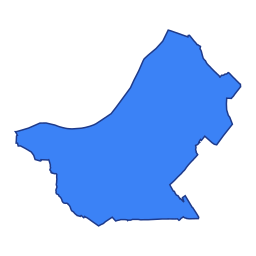 outline of Rasova, Constanta, Romania
{"feature_id": "2599482B79501903079205", "entity_name": "Rasova", "entity_type": "district", "adm_level": 2, "iso_a3": "ROU", "parent_name": "Romania", "parent_adm1": "Constanta", "projection": "albers", "projection_center": [27.997, 44.248], "detail": "fine", "context": "isolated", "style": "filled", "palette": "blue", "viewbox_px": 256, "rotation_deg": 0, "n_neighbors": 0, "source": "geoboundaries", "source_scale": "gbopen_adm2", "svg_char_len": 5237}
<svg xmlns="http://www.w3.org/2000/svg" viewBox="0 0 256 256"><path d="M15.4,131.7L16.2,133.0L16.9,134.3L16.9,134.2L17.1,134.9L17.2,135.2L17.3,135.3L16.9,135.5L16.6,135.8L16.5,136.0L16.3,140.6L16.1,143.1L17.5,143.2L18.2,146.0L20.4,145.9L20.7,146.0L24.5,148.0L25.1,148.3L31.3,152.0L33.7,155.3L35.1,159.5L39.7,160.8L39.7,160.7L40.2,160.9L40.5,160.9L41.1,160.6L41.0,159.7L46.7,159.9L47.7,160.0L48.3,159.9L48.7,159.7L49.1,160.6L50.4,165.0L50.3,165.3L50.3,165.6L50.3,166.5L50.4,167.3L50.6,167.8L49.9,169.7L50.2,170.5L50.5,170.6L51.1,171.8L51.2,172.0L51.5,172.2L51.2,172.6L51.9,173.0L54.6,173.7L54.8,173.7L55.2,173.7L55.8,173.7L56.1,173.7L56.4,173.9L56.7,174.2L56.8,174.5L56.8,174.9L56.7,176.0L56.7,178.0L56.9,178.9L56.8,179.9L56.7,180.1L56.7,180.4L56.7,181.3L56.6,182.2L56.6,182.6L56.6,183.0L56.4,183.7L56.3,184.6L56.3,185.0L56.6,185.5L56.8,186.2L56.9,186.8L56.9,187.5L56.4,188.5L56.2,189.3L55.9,190.0L56.1,191.4L56.2,191.7L56.1,191.9L56.1,192.0L56.0,192.5L56.2,193.0L56.4,193.7L56.7,193.9L57.6,194.4L58.1,194.6L58.5,194.8L58.7,195.1L58.8,195.5L59.0,196.1L59.4,196.4L59.8,196.7L60.3,197.1L61.3,198.6L61.9,200.0L62.0,200.8L62.8,202.1L63.4,202.7L63.6,202.9L64.4,203.1L65.2,203.3L66.7,203.2L67.5,203.5L67.9,203.8L68.2,204.2L68.1,204.3L69.2,205.3L69.5,205.7L70.3,207.2L70.7,208.7L70.9,209.0L71.3,210.1L71.6,210.5L72.1,211.1L73.5,211.9L74.1,212.7L74.2,212.8L74.8,213.5L76.2,214.7L76.8,215.1L77.2,215.6L78.1,215.7L78.5,215.9L79.4,216.1L79.9,216.2L80.2,216.4L81.1,215.5L83.8,217.7L84.4,217.0L84.7,216.7L84.8,216.5L85.2,216.8L85.6,217.2L86.3,217.4L87.1,217.8L87.6,218.1L88.1,218.5L89.3,219.3L91.2,220.7L93.3,222.2L98.6,225.9L100.6,224.8L101.3,224.4L102.6,223.9L103.5,223.4L105.4,221.7L112.2,217.2L115.7,221.0L117.5,220.4L119.0,220.1L119.9,219.9L120.4,219.7L120.7,219.6L125.0,219.6L127.0,219.8L127.7,220.6L128.1,220.1L130.7,220.1L132.5,219.4L138.3,219.4L140.6,219.8L144.4,219.7L148.4,219.7L161.9,219.0L168.2,219.0L168.2,218.9L174.6,219.0L177.5,218.9L179.0,220.3L180.0,219.6L180.3,219.3L180.8,218.6L181.3,218.2L182.0,217.8L182.6,217.4L183.3,216.8L183.7,217.2L184.6,217.8L186.1,218.2L186.6,218.5L189.3,218.8L198.4,218.6L198.7,217.2L197.3,214.8L195.8,212.4L192.7,207.6L192.4,207.4L192.0,207.2L191.9,206.9L185.2,195.7L184.1,196.5L182.5,197.6L182.9,198.8L183.9,202.1L182.5,200.7L181.2,199.3L180.7,198.6L180.0,198.9L179.7,198.4L179.2,197.5L178.9,197.1L178.2,196.0L178.0,195.7L176.9,195.3L176.3,195.0L176.0,194.5L175.1,193.1L174.6,191.9L174.3,191.4L174.0,191.2L173.6,191.3L173.4,191.2L173.1,190.7L171.8,188.5L171.5,187.9L170.5,186.2L169.8,184.7L170.8,183.8L172.3,182.5L174.6,180.3L178.1,176.6L179.1,175.7L180.3,174.5L181.1,173.8L182.9,171.7L183.7,170.9L184.2,170.5L185.3,169.1L186.4,167.4L187.5,166.0L188.6,164.6L188.9,164.3L190.5,162.5L192.1,160.8L192.9,160.1L194.4,158.3L195.1,157.7L197.7,154.7L196.2,152.4L196.2,151.6L195.6,149.5L196.0,147.5L195.6,145.4L195.8,145.3L196.8,145.0L198.3,143.9L198.7,143.2L198.8,142.9L199.0,142.8L199.4,142.7L199.7,142.4L199.0,142.0L200.5,139.5L201.4,140.4L204.8,136.2L212.3,142.9L213.4,143.6L213.7,143.9L214.3,144.2L215.2,144.5L215.7,144.6L216.3,144.6L216.7,144.8L223.4,135.6L232.4,124.2L229.8,117.4L228.3,115.3L226.7,110.0L226.6,108.7L226.4,103.7L226.7,98.3L226.7,98.2L231.3,98.4L231.5,98.4L231.8,97.7L232.8,96.8L233.2,96.4L233.9,95.5L234.3,94.8L237.0,91.3L238.3,89.7L239.6,88.0L240.3,87.0L240.6,86.8L240.4,84.2L240.0,84.0L239.0,83.1L238.2,82.3L236.4,80.5L236.1,80.2L234.7,78.7L233.7,77.8L232.1,76.2L231.7,75.7L231.2,75.2L230.7,74.7L230.0,73.9L229.6,73.6L229.1,73.1L228.9,72.9L228.6,72.7L228.4,72.6L228.1,72.6L227.8,72.9L227.7,73.1L227.3,73.5L227.1,73.6L226.8,73.8L226.6,73.9L226.4,74.0L226.1,74.1L225.7,74.1L225.3,74.1L225.1,74.1L224.8,74.2L224.7,74.3L224.3,74.6L224.2,74.7L224.0,74.9L223.7,75.0L223.2,75.3L222.9,75.4L222.7,75.4L222.4,75.3L222.1,75.2L221.9,75.2L221.7,75.2L221.3,75.5L221.1,75.8L220.4,76.7L220.3,76.8L220.2,77.0L219.9,77.1L219.8,76.9L219.7,76.8L219.5,76.5L219.3,76.1L219.1,75.8L218.9,75.6L218.7,75.4L218.5,75.2L217.1,73.9L216.7,73.6L216.5,73.4L216.4,73.2L216.2,73.1L216.1,72.9L215.8,72.7L215.7,72.5L215.2,72.1L214.4,71.3L214.1,71.1L213.8,70.7L213.6,70.5L213.4,70.4L213.2,70.1L212.8,69.7L212.6,69.5L212.0,68.9L211.7,68.6L211.0,67.9L210.6,67.4L210.0,66.8L209.8,66.5L209.4,66.2L208.8,65.6L208.5,65.4L208.4,65.3L208.3,65.1L207.5,64.2L207.0,63.7L206.7,63.2L206.4,62.7L205.7,61.3L205.4,60.7L205.2,60.6L204.9,60.3L204.4,59.8L204.2,59.6L203.6,58.8L203.2,58.1L203.0,57.8L202.9,57.2L202.5,55.9L201.4,51.6L201.3,51.2L201.1,50.8L201.0,50.5L200.7,49.9L200.4,49.5L200.3,49.3L200.2,49.2L200.1,48.9L200.0,48.6L200.1,48.3L200.3,47.5L200.5,46.4L199.3,45.8L198.5,45.3L197.7,44.6L197.3,44.7L197.1,44.7L196.6,44.1L196.4,43.7L196.1,43.4L195.9,43.0L195.1,42.1L194.5,41.5L193.7,40.6L191.8,38.2L189.7,35.6L189.4,35.3L188.2,35.5L187.9,36.9L170.7,30.8L168.2,30.1L162.8,41.1L156.1,48.5L150.0,53.6L148.0,55.3L144.2,58.8L143.1,60.8L138.9,70.5L137.3,73.7L134.0,80.1L132.9,82.5L130.5,87.7L120.9,100.8L115.8,107.7L111.1,113.7L104.7,118.0L96.1,123.7L93.7,124.9L89.8,126.3L85.2,127.5L81.5,128.2L80.2,128.3L72.1,128.9L70.1,128.8L67.5,128.6L65.7,128.3L62.6,127.6L59.3,126.7L57.6,126.1L56.4,125.6L54.7,125.0L46.1,123.0L39.9,123.1L28.5,128.1L22.5,129.9L16.6,131.6L15.8,131.7L15.4,131.7Z" fill="#3b82f6" stroke="#1e3a8a" stroke-width="1.5"/></svg>